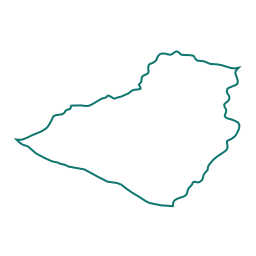 outline of Pachalum, Baja Verapaz, Guatemala, rotated 271°
{"feature_id": "79465075B39093617577569", "entity_name": "Pachalum", "entity_type": "district", "adm_level": 2, "iso_a3": "GTM", "parent_name": "Guatemala", "parent_adm1": "Baja Verapaz", "projection": "equal_earth", "projection_center": [-90.648, 14.927], "detail": "fine", "context": "isolated", "style": "outline", "palette": "teal", "viewbox_px": 256, "rotation_deg": 271, "n_neighbors": 0, "source": "geoboundaries", "source_scale": "gbopen_adm2", "svg_char_len": 3059}
<svg xmlns="http://www.w3.org/2000/svg" viewBox="0 0 256 256"><g transform="rotate(271 128 128)"><path d="M114.5,16.7L112.9,18.5L111.3,20.2L109.5,22.9L108.0,28.0L100.9,36.6L96.5,45.2L93.3,52.8L92.1,58.9L91.3,60.0L89.9,66.1L88.4,69.1L85.8,85.2L78.5,99.1L76.1,104.1L74.0,108.3L72.9,117.5L71.4,122.0L66.6,128.5L63.8,132.7L61.4,136.8L59.5,140.1L55.1,147.2L53.4,150.8L51.3,162.0L50.6,174.2L51.8,174.3L53.1,174.4L54.5,174.7L55.6,175.2L56.6,176.0L57.9,178.1L58.6,179.6L59.3,181.7L60.0,183.7L60.9,185.7L62.1,187.2L63.1,187.9L64.3,188.2L65.5,188.5L66.7,188.8L67.9,189.2L69.4,190.1L70.6,191.4L72.7,193.1L74.2,193.5L75.4,194.8L75.1,197.3L74.8,199.1L75.2,200.3L76.9,202.7L78.3,203.5L79.9,203.8L81.4,204.2L82.4,204.4L84.6,205.8L85.9,207.1L87.5,208.3L89.8,208.6L91.4,209.0L92.6,209.7L95.2,211.7L96.5,212.8L98.1,214.2L100.7,217.2L102.9,220.4L105.0,223.4L106.7,225.6L107.7,226.8L109.5,227.7L111.2,227.8L112.3,227.7L113.4,227.5L114.7,227.2L116.3,227.1L117.3,228.2L118.3,230.4L118.9,231.6L119.7,232.8L120.7,234.0L121.9,235.2L123.0,236.1L125.6,237.5L127.9,238.5L129.1,238.9L130.5,239.2L132.3,239.3L133.3,239.1L135.0,238.3L135.7,237.4L137.1,234.7L137.9,232.6L138.4,230.9L138.8,229.6L139.1,228.4L139.4,227.1L140.6,225.1L141.8,224.5L142.8,224.7L144.4,225.3L145.5,225.8L148.0,225.8L149.4,225.1L151.2,224.0L153.2,223.8L154.7,225.1L155.4,226.1L156.6,227.4L157.7,228.2L159.0,228.8L161.0,228.8L162.5,228.0L163.7,227.3L164.9,226.5L166.5,226.2L168.5,226.5L169.9,228.0L170.6,229.8L171.7,232.1L172.5,234.2L173.9,236.5L176.1,237.0L178.3,236.6L179.8,236.1L182.4,235.1L183.4,234.7L185.4,234.3L186.8,234.7L187.7,235.4L188.8,236.3L190.3,237.7L189.5,234.1L189.6,231.1L189.8,229.8L190.6,226.9L192.3,221.0L193.1,216.6L193.2,215.4L193.5,209.2L194.0,207.7L194.7,206.1L195.6,204.0L196.0,202.5L196.2,201.1L196.4,198.5L196.5,196.6L197.3,195.2L198.7,193.9L200.4,193.0L201.3,192.3L201.9,188.8L202.0,182.0L202.2,180.1L203.4,178.5L204.3,177.7L205.0,176.6L205.4,175.1L204.8,173.6L203.4,171.9L202.4,170.5L202.0,168.5L202.4,166.1L202.9,164.6L203.0,162.7L203.0,160.2L202.4,158.7L201.5,157.7L200.1,156.6L198.8,155.9L197.3,155.6L195.7,154.5L194.8,153.4L193.6,151.8L192.9,150.2L192.6,148.9L191.5,147.8L190.4,147.4L188.8,147.2L187.8,147.2L185.0,147.6L183.5,147.3L182.3,146.0L180.6,142.4L179.2,141.0L177.9,140.8L175.8,140.6L174.8,140.6L173.7,140.0L172.6,138.9L171.5,138.1L170.3,138.8L168.8,139.7L167.5,139.8L166.7,137.1L166.5,135.3L166.3,133.2L165.7,132.0L165.1,130.9L163.0,128.3L162.3,127.3L161.6,125.6L161.0,124.3L160.5,123.1L159.5,121.3L158.9,119.3L158.6,118.0L157.9,116.0L157.1,114.3L157.5,112.8L159.7,109.0L160.0,107.1L158.3,105.8L157.7,103.8L157.1,101.9L156.7,100.8L151.3,92.1L149.6,88.7L149.3,87.0L149.3,84.5L149.7,81.6L149.7,79.6L149.7,78.1L149.5,72.8L149.3,70.8L147.1,70.3L145.8,69.6L145.4,67.2L144.1,65.2L143.0,64.6L141.9,63.9L140.5,61.8L140.0,58.3L139.6,55.9L138.9,54.1L138.3,53.1L135.1,51.7L132.1,50.3L128.7,48.3L127.1,47.1L125.9,45.7L123.0,41.3L119.5,33.2L118.7,31.5L118.0,30.1L117.3,28.9L115.2,24.2L114.7,22.6L114.4,21.2L114.3,19.2L114.5,16.7Z" fill="none" stroke="#0f766e" stroke-width="2"/></g></svg>